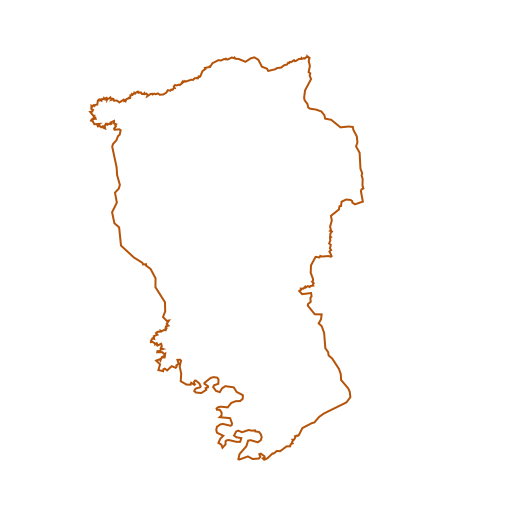 Kusuman, Sakon Nakhon, Thailand, rotated 255°
{"feature_id": "78962969B62467270664056", "entity_name": "Kusuman", "entity_type": "district", "adm_level": 2, "iso_a3": "THA", "parent_name": "Thailand", "parent_adm1": "Sakon Nakhon", "projection": "equal_earth", "projection_center": [104.295, 17.348], "detail": "fine", "context": "isolated", "style": "outline", "palette": "amber", "viewbox_px": 512, "rotation_deg": 255, "n_neighbors": 0, "source": "geoboundaries", "source_scale": "gbopen_adm2", "svg_char_len": 6095}
<svg xmlns="http://www.w3.org/2000/svg" viewBox="0 0 512 512"><g transform="rotate(255 256 256)"><path d="M443.0,239.2L442.7,232.9L443.4,232.6L442.7,230.7L443.6,230.5L442.7,229.4L442.3,229.9L440.8,226.7L441.5,226.0L441.3,223.5L442.1,222.0L441.0,220.5L439.3,220.9L439.6,220.1L438.1,218.5L438.7,217.2L437.8,216.1L439.0,213.8L437.0,211.6L436.0,208.3L436.7,204.7L438.4,203.4L438.2,200.9L439.1,199.8L438.8,197.9L439.6,197.7L439.8,196.2L438.5,192.3L439.6,193.0L441.2,192.3L441.2,190.4L442.2,190.3L441.5,189.3L442.1,187.7L443.7,187.2L444.1,184.7L445.1,184.9L445.4,184.1L444.6,181.8L445.1,181.1L444.2,181.0L444.6,179.9L443.8,178.7L444.4,178.2L443.6,177.9L443.8,176.3L442.1,175.8L441.8,174.5L441.2,174.8L441.1,171.5L439.3,170.1L440.4,169.6L439.9,168.7L441.2,168.5L439.7,163.8L442.2,161.8L442.8,159.0L444.3,158.9L444.3,156.9L445.1,158.0L446.0,156.1L446.8,156.2L446.1,154.6L446.3,153.0L445.6,152.5L446.6,152.6L446.3,151.5L447.3,151.9L447.0,150.6L448.0,150.0L447.0,149.2L447.4,147.6L446.1,147.0L447.3,146.1L446.7,145.4L447.8,144.9L447.1,143.5L443.4,141.9L443.5,139.1L442.9,138.8L443.7,138.0L442.7,136.8L443.7,135.9L440.6,135.0L439.3,136.4L437.9,135.1L438.1,133.1L433.5,135.2L433.3,136.1L432.1,135.4L431.3,136.6L430.5,136.6L431.3,135.7L430.2,135.4L430.7,134.0L429.4,133.3L430.3,132.6L429.5,131.7L428.4,133.2L425.2,133.9L424.1,139.0L423.2,136.7L422.1,136.9L422.0,138.7L420.4,139.8L421.0,141.6L419.3,141.8L418.2,143.3L420.5,143.4L422.6,145.2L422.4,146.3L421.2,146.4L421.8,148.6L420.9,149.6L421.3,150.8L422.6,150.4L423.2,153.8L420.7,153.2L419.4,155.0L418.6,153.9L417.5,154.2L415.8,151.9L414.6,152.0L413.7,156.8L412.5,157.8L408.4,155.7L407.5,153.7L403.9,151.1L401.2,146.9L398.8,145.4L377.7,144.3L370.2,142.8L359.9,142.9L356.6,140.9L353.7,136.2L343.6,135.4L335.5,128.3L324.3,127.7L319.1,131.2L301.0,128.3L286.1,137.7L278.7,144.6L277.1,144.7L276.5,147.6L275.3,147.2L270.8,150.8L260.5,153.2L251.9,150.8L234.9,156.1L226.1,154.0L221.1,150.4L216.4,153.0L216.2,155.2L213.5,152.1L211.4,153.3L211.3,150.8L209.8,150.0L209.3,150.8L207.7,149.5L208.3,148.5L207.8,145.3L208.6,144.4L207.6,144.2L208.3,141.5L207.5,139.5L205.5,140.4L205.0,136.5L202.3,136.2L203.3,134.7L201.2,132.6L200.0,132.2L199.9,133.7L197.7,135.8L196.8,135.7L197.5,137.5L195.5,137.8L194.8,136.7L195.8,141.6L193.4,141.7L191.7,140.2L190.3,142.1L190.3,139.8L189.0,138.7L189.6,136.2L188.6,135.7L187.3,140.6L184.8,142.1L185.1,143.0L181.7,141.5L182.2,139.5L182.9,140.0L182.7,138.9L179.8,136.6L181.2,136.4L180.8,132.5L176.2,135.3L171.1,132.2L168.8,136.5L170.6,137.3L170.8,138.7L168.5,140.6L171.4,146.0L168.8,149.5L169.5,150.6L171.0,150.8L171.8,153.4L176.0,153.2L175.5,155.8L174.3,156.5L169.2,153.7L161.7,153.3L154.5,150.9L149.8,155.6L148.6,159.5L150.3,160.6L147.5,163.1L147.9,163.8L149.1,163.0L150.4,163.6L151.5,164.8L151.2,165.7L147.5,168.3L144.3,168.8L143.6,167.9L143.6,164.0L142.9,162.5L141.5,161.4L139.7,162.6L137.8,167.7L139.6,173.3L141.4,173.2L141.6,175.6L142.7,175.9L146.0,173.1L146.8,173.4L150.0,180.7L150.0,183.7L148.5,187.1L146.3,187.8L142.3,186.5L142.0,182.1L140.4,180.7L136.0,182.5L133.9,185.8L137.0,189.0L138.2,192.7L134.9,200.5L129.7,202.1L125.0,207.3L121.5,206.2L120.0,203.1L121.0,198.9L120.5,194.1L117.1,189.5L119.6,182.9L119.7,180.0L118.9,178.4L117.6,178.5L116.8,181.2L113.5,182.3L110.9,181.4L109.7,179.2L106.1,189.0L100.5,189.5L99.0,188.8L98.6,187.5L102.4,180.5L102.5,177.9L101.2,174.1L98.3,172.6L95.4,172.6L90.8,177.9L88.7,174.2L85.2,171.3L82.8,173.7L79.5,174.0L81.9,177.8L85.0,178.7L85.5,179.8L85.3,182.1L81.5,189.1L80.6,192.6L83.9,194.7L86.0,190.2L88.3,188.3L91.7,191.6L91.9,193.6L89.4,197.0L89.8,203.8L88.3,207.0L87.8,209.9L86.8,209.8L85.2,213.4L82.7,214.5L79.5,214.6L76.8,212.9L75.6,209.5L79.5,203.1L79.7,200.6L74.7,197.4L68.9,188.8L64.3,186.4L63.7,187.2L64.5,196.3L60.8,200.2L59.6,206.3L60.8,208.2L63.7,207.9L63.9,209.4L60.4,212.3L59.3,212.3L58.7,210.2L57.1,211.2L57.5,214.3L61.0,220.9L60.6,222.0L62.3,225.7L61.2,228.7L64.2,236.3L63.3,239.7L65.2,240.8L65.6,242.9L66.7,242.5L68.1,243.9L69.1,243.7L68.8,245.3L70.7,247.1L71.8,247.0L72.0,249.2L71.4,249.7L71.9,251.0L77.8,256.3L80.1,266.6L80.1,269.3L84.3,275.4L86.3,280.8L91.2,305.5L95.2,310.6L100.4,311.4L104.3,310.8L114.2,306.1L120.0,307.3L125.5,306.9L137.4,303.0L141.1,300.4L144.5,300.8L149.0,299.1L164.1,301.9L171.2,301.3L174.7,299.1L178.0,302.4L182.6,304.3L184.5,297.7L194.6,293.2L196.1,293.8L197.6,297.0L201.5,297.7L202.8,299.3L206.0,299.6L207.2,290.7L211.0,288.7L211.8,290.9L212.9,290.9L212.2,293.4L213.2,294.7L212.7,295.4L213.4,295.8L212.8,296.1L213.5,298.3L212.1,299.8L212.9,300.7L212.6,303.7L213.9,303.6L214.8,304.7L216.7,303.5L217.5,304.8L219.2,305.1L225.7,304.5L232.7,306.7L239.7,313.3L238.2,317.0L239.4,318.1L238.4,319.6L237.2,326.0L235.9,328.2L236.3,329.0L241.4,328.1L242.3,330.1L244.3,329.4L247.3,331.1L249.2,329.9L251.9,331.9L254.2,332.1L254.8,333.3L255.5,332.6L258.4,333.6L260.0,335.6L261.1,334.1L261.6,335.1L265.1,335.1L270.6,338.4L275.4,338.8L279.5,348.2L282.4,349.5L282.3,351.1L286.3,352.7L287.2,357.7L285.7,361.8L284.2,363.1L282.6,362.9L280.3,365.0L280.9,373.3L291.4,374.1L293.1,375.2L293.5,377.2L296.5,377.1L303.0,379.0L306.3,378.8L308.5,380.0L313.3,379.5L328.9,382.8L335.9,381.0L339.5,383.4L345.5,384.3L352.6,382.7L355.6,382.9L357.1,379.0L358.4,370.9L368.1,363.9L370.8,358.3L374.3,358.5L378.7,356.5L381.9,351.9L384.3,346.3L385.9,344.9L389.6,345.0L393.8,343.3L396.3,343.4L403.2,346.2L412.7,355.0L416.3,354.5L418.4,355.7L420.0,354.4L425.5,357.2L430.7,357.4L433.5,359.0L435.3,357.5L434.6,357.5L435.3,356.7L434.1,354.1L434.7,353.5L434.5,351.6L435.3,351.2L434.6,350.8L435.2,348.5L434.1,345.0L434.2,343.8L435.3,343.4L434.2,340.3L434.7,339.0L433.8,338.0L434.4,337.2L432.9,335.4L433.0,332.6L431.5,329.0L432.1,324.7L431.4,323.2L431.6,315.7L434.1,315.1L437.3,310.7L444.9,309.1L448.3,305.8L448.3,302.1L446.3,296.1L450.8,290.3L451.9,287.1L453.2,286.6L452.8,286.1L454.0,283.9L453.1,279.4L454.3,278.1L453.8,277.6L454.5,276.3L453.9,272.7L454.9,270.4L453.5,263.8L450.6,260.7L451.1,260.2L450.6,259.4L450.9,255.3L449.7,255.5L448.5,252.2L443.8,248.6L444.2,247.4L443.6,247.4L443.4,245.5L442.8,245.6L443.6,242.8L442.4,240.8L443.0,239.2Z" fill="none" stroke="#b45309" stroke-width="2"/></g></svg>